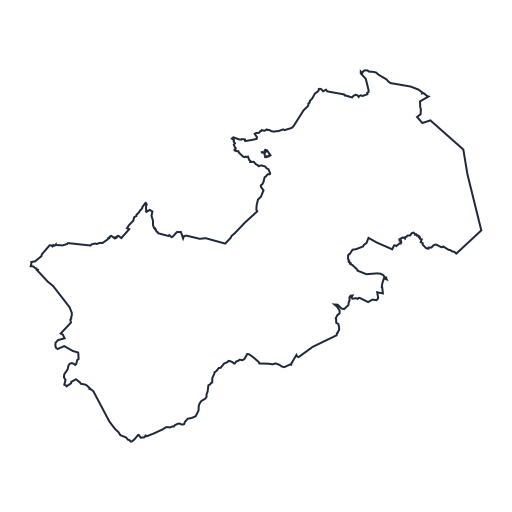 Tangancícuaro, Michoacán, Mexico
{"feature_id": "50627088B86579447332428", "entity_name": "Tangancícuaro", "entity_type": "district", "adm_level": 2, "iso_a3": "MEX", "parent_name": "Mexico", "parent_adm1": "Michoacán", "projection": "albers", "projection_center": [-102.26, 19.874], "detail": "fine", "context": "isolated", "style": "outline", "palette": "slate", "viewbox_px": 512, "rotation_deg": 0, "n_neighbors": 0, "source": "geoboundaries", "source_scale": "gbopen_adm2", "svg_char_len": 6003}
<svg xmlns="http://www.w3.org/2000/svg" viewBox="0 0 512 512"><path d="M233.4,137.3L231.9,138.6L234.0,140.0L233.6,141.3L235.0,143.3L233.8,144.6L234.8,147.1L235.7,148.2L235.5,149.1L234.5,149.6L234.7,150.5L236.9,151.2L238.4,151.2L238.8,152.5L243.1,156.6L244.7,157.2L245.5,156.6L246.4,157.0L248.0,156.6L249.1,159.9L250.3,160.8L250.2,162.0L253.8,161.8L255.8,164.2L258.0,165.3L258.5,166.2L261.4,165.4L265.3,166.5L266.3,168.1L268.5,169.3L270.2,173.4L269.8,174.2L267.6,174.3L265.9,176.4L264.6,177.3L263.4,182.2L262.4,184.1L260.8,185.4L261.0,187.0L263.5,190.4L260.9,196.8L258.0,199.5L256.7,204.9L256.4,208.3L256.4,209.6L257.2,211.4L244.9,222.6L235.1,232.9L231.5,236.0L230.8,237.7L225.2,243.6L205.7,238.2L199.7,238.8L186.3,235.6L183.9,236.2L183.1,238.4L180.9,232.0L176.8,232.1L173.0,236.4L171.6,237.2L169.3,235.1L168.4,236.0L158.3,233.3L157.5,232.0L156.5,231.5L155.6,229.3L155.1,229.3L155.0,228.3L154.2,228.2L153.0,225.2L153.0,220.8L151.5,215.8L152.4,211.5L149.7,209.9L146.4,211.9L145.9,211.4L146.4,210.1L146.0,208.8L146.1,205.3L146.7,204.7L146.2,203.2L145.5,202.9L142.4,207.0L142.3,207.9L141.4,209.3L140.1,210.3L138.8,212.6L136.6,214.6L136.4,216.0L134.1,217.3L133.3,220.7L129.0,225.1L127.0,228.2L129.2,229.2L121.3,238.1L118.5,235.9L117.3,236.1L117.0,237.0L115.6,237.2L116.1,237.9L114.9,238.5L111.3,235.9L109.7,236.6L109.6,237.7L108.5,238.1L108.7,238.4L108.0,238.6L107.5,239.5L102.5,243.0L99.7,242.9L96.8,244.0L95.2,243.5L91.6,244.4L90.4,245.5L68.0,243.1L67.2,244.0L62.5,245.4L55.7,245.0L55.7,244.6L54.6,245.7L53.3,245.1L53.1,246.0L52.5,246.5L51.5,245.5L49.6,245.3L41.8,254.4L41.4,256.2L35.0,261.4L31.3,262.0L31.3,264.3L30.7,266.2L33.5,266.5L34.8,267.8L36.4,268.5L36.5,269.6L37.8,269.8L37.4,270.5L47.8,281.7L53.1,286.0L69.6,307.3L71.8,312.9L71.8,315.2L71.1,317.6L71.3,318.6L70.3,319.8L71.0,322.5L60.7,333.5L62.9,334.7L64.6,338.3L58.0,340.1L55.6,342.7L55.4,344.4L55.5,346.7L56.4,348.2L57.6,349.0L64.2,346.1L72.8,351.0L78.1,352.5L78.3,353.2L78.6,359.0L77.4,359.8L76.2,363.9L75.2,364.9L73.9,363.9L71.8,363.1L69.8,363.7L68.7,365.0L67.5,369.6L64.2,374.4L64.0,377.5L65.5,379.9L64.3,384.8L66.1,385.5L66.5,386.3L71.1,383.3L71.2,381.9L75.9,379.3L79.9,382.3L80.7,383.7L85.6,384.7L87.2,385.8L90.0,388.5L89.6,388.9L92.0,390.0L93.5,391.5L109.3,421.4L114.8,428.7L118.6,432.3L120.3,435.1L126.1,437.5L128.0,439.7L129.6,440.2L130.7,441.6L131.9,441.4L134.2,439.6L138.2,434.9L138.8,435.0L140.7,437.7L144.4,437.3L145.6,435.5L146.9,436.2L154.2,433.3L162.8,429.3L166.3,427.1L170.1,427.4L172.5,426.4L173.8,426.5L174.8,425.2L178.1,423.6L180.1,423.7L181.5,424.5L183.6,424.4L184.1,424.1L185.0,421.8L187.8,418.7L191.4,418.1L195.7,416.2L198.5,410.6L198.8,405.7L199.7,403.3L201.4,401.0L205.5,398.5L206.5,396.9L206.6,394.1L207.6,391.6L208.4,385.3L210.2,384.3L210.9,383.2L212.2,382.5L212.3,378.0L214.4,373.5L214.5,372.3L216.3,371.1L218.7,368.1L220.8,367.7L224.0,363.6L227.4,362.1L228.5,360.9L230.4,361.2L232.8,362.4L233.9,363.5L234.7,363.6L236.2,361.5L238.4,360.7L239.7,359.7L242.4,360.2L244.5,358.9L247.2,354.0L249.3,354.4L253.4,357.4L258.5,361.8L259.4,363.5L268.1,363.7L272.7,364.3L275.4,363.4L279.1,364.7L282.0,366.6L284.4,367.1L290.2,364.4L291.2,364.7L291.6,363.1L296.4,355.0L296.9,356.2L298.6,357.1L312.8,346.8L336.6,335.3L336.9,333.3L337.6,333.0L338.0,331.6L339.1,330.1L339.1,327.7L338.5,324.2L336.2,322.7L336.1,319.1L335.7,318.5L337.3,315.2L339.6,313.4L339.6,310.4L336.9,306.5L334.5,304.5L337.6,304.7L341.5,308.5L344.1,309.1L348.4,305.1L348.8,302.1L349.6,300.2L349.4,297.4L350.6,295.7L352.5,295.5L351.4,297.4L352.4,298.7L356.1,298.2L357.7,298.9L358.5,298.0L359.7,297.9L368.1,302.1L372.4,299.6L376.4,300.2L377.0,299.7L378.0,298.5L378.1,297.4L377.2,292.3L382.9,293.4L382.2,287.2L381.8,287.1L382.2,283.8L383.9,278.4L386.7,279.4L386.1,278.2L386.2,277.5L384.4,277.0L383.4,275.2L380.5,273.7L377.0,273.4L366.4,274.2L357.4,270.6L357.3,269.6L352.4,265.0L350.6,264.3L350.7,263.3L349.9,263.3L349.7,262.3L349.0,262.1L349.1,261.4L348.6,261.0L348.9,260.3L348.0,258.8L348.1,255.4L349.0,254.2L349.6,254.2L352.2,250.2L352.6,249.7L356.0,249.2L363.0,246.5L363.9,244.9L366.5,243.0L368.5,237.9L376.7,242.5L392.2,249.3L394.1,245.4L395.7,245.5L396.3,246.1L399.4,243.5L400.7,243.5L401.2,242.6L400.6,241.9L401.1,241.0L400.9,240.6L399.5,240.5L399.4,239.2L400.6,239.0L401.1,238.3L402.6,237.6L403.5,237.5L405.0,238.6L405.5,236.9L406.6,236.7L407.4,235.6L410.3,235.4L411.6,233.3L413.3,232.6L414.7,233.6L415.0,234.7L416.2,234.3L416.8,235.5L417.4,235.2L419.0,236.2L418.5,236.5L418.7,237.2L419.5,237.4L419.8,238.4L420.2,238.2L421.0,239.4L421.7,239.5L420.7,242.1L422.7,243.2L422.8,244.8L426.2,248.2L428.4,248.7L428.6,247.6L431.5,247.5L433.1,245.6L435.0,244.6L436.2,244.6L441.3,247.2L442.7,247.1L443.2,246.5L448.8,249.9L450.4,250.1L452.0,251.4L454.3,251.8L456.3,253.6L481.3,230.4L467.4,174.1L463.3,149.5L430.4,120.4L422.3,123.0L417.1,117.0L420.6,114.2L420.9,109.4L420.2,107.0L420.0,101.4L428.5,96.5L426.9,95.9L423.7,93.2L422.2,93.4L422.5,92.6L418.3,89.5L410.4,86.5L390.6,83.1L388.5,81.7L386.5,79.4L378.5,74.7L376.2,72.6L373.6,71.9L369.0,71.6L367.4,70.4L364.4,70.4L362.9,71.6L362.1,73.4L360.8,71.8L360.8,73.4L365.8,78.9L368.6,90.3L368.5,92.0L367.2,92.9L367.4,94.2L362.5,96.0L360.8,95.3L359.0,96.2L358.7,96.9L357.2,95.2L355.5,94.8L353.5,95.8L352.1,97.4L348.9,96.6L348.6,96.2L347.0,96.1L345.7,95.3L344.7,95.5L344.0,94.4L327.3,91.4L326.0,89.7L323.1,91.3L321.1,89.1L319.9,88.8L318.8,89.0L318.6,90.5L317.9,91.4L314.9,93.6L312.2,98.5L309.7,101.1L309.7,102.6L308.3,103.6L308.4,104.8L307.8,106.2L303.5,110.4L293.4,126.4L291.5,128.0L284.6,130.1L283.2,129.4L278.2,131.2L275.7,131.2L274.3,131.7L271.5,131.2L269.0,129.9L267.5,130.0L266.8,129.4L264.5,130.8L261.7,130.1L261.4,130.9L260.4,131.1L259.0,132.8L256.1,133.0L254.7,133.9L257.0,137.2L256.6,138.9L251.6,140.0L245.5,141.0L245.0,140.8L244.9,139.4L241.8,139.1L241.4,139.6L239.1,139.4L233.4,137.3ZM265.1,149.9L266.8,150.2L270.4,155.1L268.8,155.7L269.1,156.2L266.3,157.1L266.2,156.5L265.1,156.9L264.3,152.9L261.0,152.3L262.2,152.0L265.0,152.8L265.9,151.6L264.7,150.6L265.1,149.9Z" fill="none" stroke="#1e293b" stroke-width="2"/></svg>